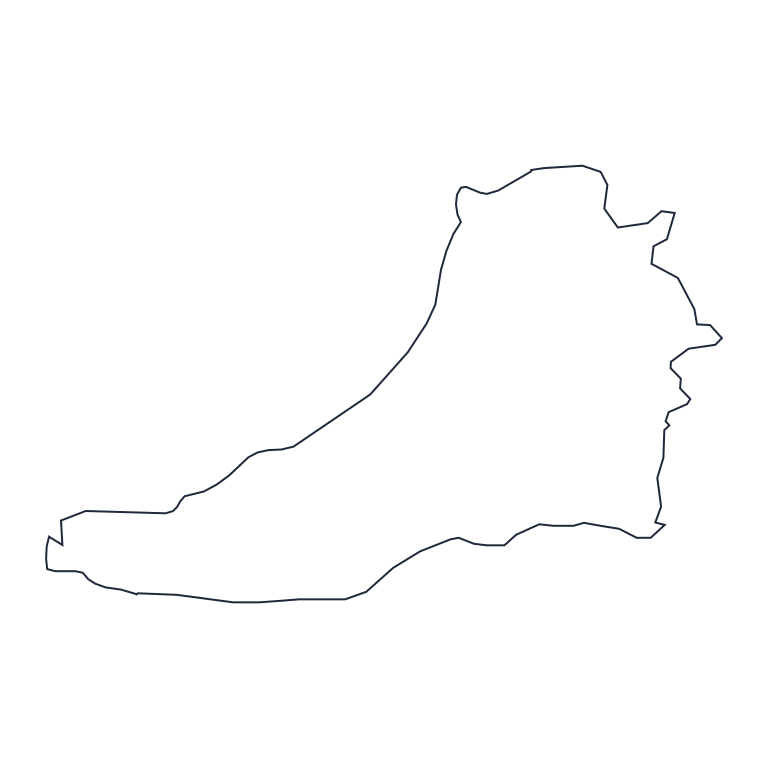 the border of Ceredigion
{"feature_id": "GBR-2105", "entity_name": "Ceredigion", "entity_type": "Principality", "adm_level": 1, "iso_a3": "GBR", "parent_name": "United Kingdom", "parent_adm1": "", "projection": "natural_earth1", "projection_center": [-4.124, 52.292], "detail": "fine", "context": "isolated", "style": "outline", "palette": "slate", "viewbox_px": 768, "rotation_deg": 0, "n_neighbors": 0, "source": "natural_earth", "source_scale": "10m", "svg_char_len": 1466}
<svg xmlns="http://www.w3.org/2000/svg" viewBox="0 0 768 768"><path d="M49.2,536.8L62.4,545.0L61.0,520.5L85.7,511.0L165.6,513.3L173.0,511.1L177.2,506.8L180.4,501.1L184.7,496.2L203.8,491.5L216.6,484.6L229.2,475.4L248.5,457.2L257.7,452.4L268.4,450.1L281.6,449.5L293.5,446.6L370.2,394.5L407.7,352.4L426.7,323.4L435.3,304.7L441.0,269.8L446.4,250.9L453.5,233.8L460.9,222.1L457.5,214.5L456.0,204.5L457.0,194.7L460.9,187.7L466.0,186.9L480.2,192.7L486.9,193.9L498.1,190.6L531.2,171.4L531.2,170.0L544.0,168.1L582.4,165.7L600.7,171.9L607.4,185.0L604.3,208.6L617.8,227.5L647.7,223.1L661.5,211.2L674.7,213.0L666.9,239.2L653.5,246.3L651.5,263.8L677.9,278.0L694.4,309.2L697.0,324.4L710.1,325.1L721.9,338.1L715.3,344.8L688.6,348.7L670.9,361.8L670.6,368.2L680.8,378.6L680.1,388.4L690.3,399.0L687.1,404.1L668.7,412.1L665.6,421.3L669.3,425.3L664.3,430.2L663.4,457.8L657.3,477.9L661.1,506.6L655.3,522.5L664.7,524.9L650.7,537.8L636.7,537.8L619.1,528.8L600.4,525.8L584.0,522.8L573.5,525.8L561.7,525.8L553.6,525.8L539.5,524.3L532.5,527.3L516.1,534.8L504.4,545.3L486.9,545.3L474.0,543.8L458.7,537.8L450.6,539.3L420.2,551.3L393.2,567.8L366.3,591.8L345.2,599.3L321.8,599.3L299.5,599.3L280.8,600.8L259.7,602.3L232.8,602.3L176.5,594.8L137.9,593.3L136.4,594.4L135.9,594.0L121.0,589.6L105.6,587.4L95.3,583.7L88.4,579.3L82.7,572.7L75.3,571.2L64.4,571.2L55.2,571.2L47.2,569.1L46.1,558.8L46.7,546.3L48.4,539.4L48.5,538.9L49.2,536.9L49.2,536.8Z" fill="none" stroke="#1e293b" stroke-width="2"/></svg>